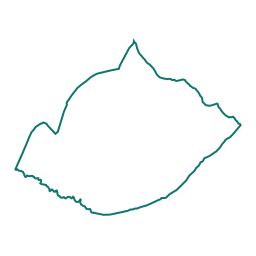 outline of San Juan del Río, Oaxaca, Mexico
{"feature_id": "50627088B41598695930571", "entity_name": "San Juan del Río", "entity_type": "district", "adm_level": 2, "iso_a3": "MEX", "parent_name": "Mexico", "parent_adm1": "Oaxaca", "projection": "equal_earth", "projection_center": [-96.163, 16.897], "detail": "fine", "context": "isolated", "style": "outline", "palette": "teal", "viewbox_px": 256, "rotation_deg": 0, "n_neighbors": 0, "source": "geoboundaries", "source_scale": "gbopen_adm2", "svg_char_len": 3207}
<svg xmlns="http://www.w3.org/2000/svg" viewBox="0 0 256 256"><path d="M133.9,41.2L133.6,43.3L129.3,47.9L122.7,60.2L119.8,65.7L118.8,68.9L118.6,68.9L111.7,70.2L97.0,73.7L94.0,75.3L93.8,75.4L91.0,77.0L90.0,77.9L85.8,81.5L84.6,82.3L83.0,83.4L77.9,87.5L77.7,87.6L72.2,94.6L66.7,102.7L66.9,104.7L63.9,111.8L57.8,131.8L55.4,133.8L47.8,125.7L47.0,124.5L46.5,123.8L45.8,123.4L44.5,122.9L43.7,122.5L42.8,122.7L41.8,123.5L40.7,123.6L40.1,124.1L39.1,124.6L36.9,126.2L35.6,127.0L34.0,129.4L33.0,130.6L31.5,132.2L29.6,136.3L29.1,137.4L27.6,141.2L23.7,150.4L22.5,153.3L21.5,155.5L15.4,169.3L15.8,169.7L16.0,169.8L16.2,169.2L16.3,169.2L16.5,169.2L17.1,169.2L17.4,169.3L18.6,170.6L20.7,170.9L23.1,172.0L23.6,173.3L24.1,173.8L24.4,175.4L24.8,176.3L25.7,177.0L26.4,176.4L27.1,175.5L27.8,175.9L29.3,176.2L32.2,175.8L32.8,176.5L33.9,176.7L34.8,178.0L35.4,178.3L35.9,178.4L38.1,178.2L38.0,178.9L38.8,180.0L40.3,179.7L41.1,180.2L41.2,180.9L40.3,183.4L41.9,184.2L44.0,184.6L44.4,184.6L46.0,184.9L46.3,185.8L46.9,186.2L47.7,186.6L48.5,187.8L49.4,188.9L49.5,190.8L49.8,191.1L50.4,190.8L51.7,189.5L52.2,189.6L54.2,191.8L54.9,191.8L56.2,190.6L56.9,190.6L57.8,195.3L59.9,196.3L60.3,197.3L61.3,197.6L62.3,197.8L63.8,197.1L65.4,198.4L66.0,198.3L67.6,197.0L69.6,196.9L71.3,198.3L71.9,198.2L72.8,196.8L73.9,197.5L74.3,199.3L75.7,201.5L76.7,201.9L78.2,201.9L79.6,200.6L80.3,199.5L80.8,200.0L80.1,201.3L80.2,202.5L81.1,204.5L82.5,205.5L84.6,206.2L86.4,208.8L88.7,209.2L90.1,209.1L90.6,210.1L91.0,211.7L91.6,212.5L93.4,212.9L93.7,212.6L95.1,213.1L103.6,214.8L110.0,214.6L115.4,213.5L127.5,210.9L130.6,209.5L133.1,209.4L134.5,208.6L136.5,208.6L142.0,206.7L145.8,205.7L147.4,205.0L149.5,204.2L158.0,200.2L160.5,199.3L161.5,198.0L165.0,198.0L166.3,197.4L169.5,194.3L175.5,190.6L176.2,190.4L186.2,180.5L189.1,175.9L190.1,174.9L191.8,173.4L194.7,170.6L196.2,168.0L198.9,165.5L200.7,162.2L202.7,161.4L204.3,158.3L207.5,156.9L209.6,155.9L214.6,152.5L216.1,151.6L219.9,147.6L222.6,143.5L224.4,141.7L225.4,140.0L227.7,138.3L228.5,138.1L229.8,137.4L232.3,134.9L240.6,125.2L240.1,124.2L239.7,123.8L238.9,123.7L238.4,123.5L237.3,121.5L236.7,121.2L236.3,120.8L235.6,120.0L234.6,118.2L233.1,116.7L231.7,117.2L230.5,117.0L229.0,117.4L228.3,116.9L226.4,115.9L225.4,115.1L223.9,113.7L222.6,112.4L221.4,110.9L220.1,108.5L219.2,107.8L218.5,106.8L218.0,105.4L217.5,103.8L216.9,103.6L213.8,104.7L212.6,105.0L210.7,105.6L208.8,105.8L208.1,105.5L205.8,105.2L204.0,103.2L202.7,102.1L202.4,100.5L202.1,98.5L201.7,97.4L200.6,96.0L200.1,95.7L199.9,95.4L199.7,94.5L199.0,93.3L198.7,92.8L198.0,91.8L197.3,91.0L195.8,89.1L195.2,88.6L192.6,87.7L191.9,87.0L191.3,86.5L190.5,86.2L190.0,85.8L189.3,84.7L189.1,84.5L187.6,83.3L186.8,82.5L185.6,81.2L185.0,80.1L182.6,79.4L181.0,80.0L176.9,80.9L176.0,80.9L174.9,80.1L174.5,79.9L173.9,79.8L173.6,79.8L173.2,79.9L172.3,80.1L171.8,79.8L171.0,79.2L169.8,78.8L167.6,79.1L166.9,79.2L166.3,79.0L165.0,78.7L164.1,78.6L163.6,78.5L159.9,77.4L159.6,77.2L159.0,76.7L157.4,75.2L156.9,74.6L155.7,72.4L154.8,70.7L153.5,68.6L149.9,64.7L147.1,62.8L146.3,61.9L144.9,59.8L143.6,58.4L142.2,56.8L141.3,55.6L140.5,54.9L138.8,52.6L137.7,49.8L137.1,48.2L136.0,43.8L135.4,43.1L134.4,42.1L133.9,41.2Z" fill="none" stroke="#0f766e" stroke-width="2"/></svg>